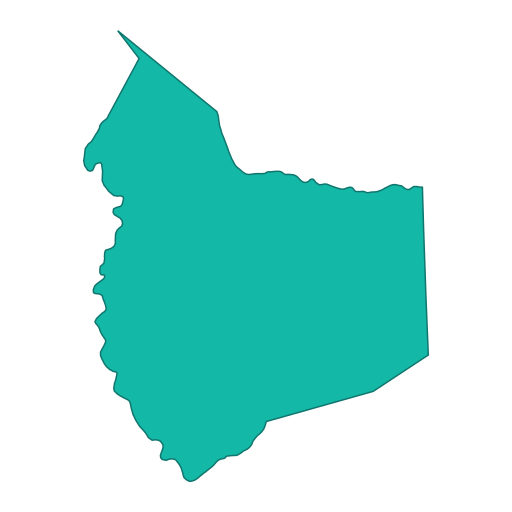 Yauyupe, El Paraíso, Honduras (Natural Earth projection)
{"feature_id": "27666195B23214675582882", "entity_name": "Yauyupe", "entity_type": "district", "adm_level": 2, "iso_a3": "HND", "parent_name": "Honduras", "parent_adm1": "El Paraíso", "projection": "natural_earth1", "projection_center": [-87.088, 13.756], "detail": "fine", "context": "isolated", "style": "filled", "palette": "teal", "viewbox_px": 512, "rotation_deg": 0, "n_neighbors": 0, "source": "geoboundaries", "source_scale": "gbopen_adm2", "svg_char_len": 5996}
<svg xmlns="http://www.w3.org/2000/svg" viewBox="0 0 512 512"><path d="M423.6,228.9L422.4,187.2L419.3,187.1L417.5,186.6L414.0,186.5L412.9,187.1L411.4,188.1L409.2,189.5L407.7,189.5L406.5,189.3L405.2,188.6L401.4,185.8L399.2,185.5L396.1,184.7L394.1,184.6L392.4,184.8L390.0,185.6L387.8,186.8L385.4,187.9L382.7,189.5L381.3,190.2L377.3,191.6L375.1,191.9L371.2,192.1L370.1,192.3L369.1,192.6L367.2,192.7L365.4,192.1L363.9,191.5L361.8,191.4L360.3,191.6L356.9,191.6L356.0,191.5L355.3,191.2L354.7,190.8L353.0,188.4L352.6,188.2L351.8,187.5L349.6,187.2L347.1,187.9L345.3,188.6L343.5,189.2L341.3,189.1L338.8,188.5L335.3,187.4L332.4,186.4L329.6,185.3L326.9,184.2L324.5,184.0L322.2,184.5L319.4,184.8L316.2,182.8L313.7,179.7L312.8,179.1L311.1,179.2L310.1,179.7L309.4,180.7L307.7,181.8L307.1,182.1L306.3,182.3L305.6,182.4L303.6,182.3L301.4,181.0L300.3,180.0L298.3,177.9L297.3,176.8L295.7,175.7L294.7,175.3L293.1,174.8L291.3,174.6L289.7,174.5L288.0,174.4L286.1,174.5L284.4,174.2L283.0,173.1L281.4,171.9L279.6,171.4L277.5,171.3L275.1,171.4L272.6,171.6L270.4,171.9L268.7,171.8L266.9,172.1L265.2,173.4L261.6,173.7L258.6,173.6L255.9,173.7L253.1,174.0L250.9,174.3L248.6,174.5L245.9,174.0L242.9,172.2L239.9,169.5L236.8,167.0L235.6,165.8L235.1,165.0L234.0,163.1L232.9,160.9L231.9,159.2L228.2,150.2L228.0,149.2L227.3,147.3L226.2,144.4L223.3,136.7L221.8,133.4L220.8,129.4L219.6,125.9L219.1,122.5L218.7,119.9L218.4,117.2L218.2,115.7L216.8,111.6L117.7,30.7L139.1,58.5L109.4,113.8L108.6,115.2L107.5,117.6L106.1,119.3L104.4,120.4L102.9,121.7L101.3,123.4L99.7,126.0L99.5,128.2L98.6,129.7L97.3,132.2L95.8,134.4L94.3,136.9L93.0,139.1L91.1,141.9L88.4,144.0L85.3,148.6L84.7,153.4L84.2,157.9L83.7,160.6L84.7,165.7L87.7,170.2L89.9,171.1L92.2,170.6L92.8,170.0L94.2,166.8L95.3,164.4L97.2,163.4L99.3,162.8L100.6,162.6L101.7,164.2L102.0,166.8L102.6,171.4L102.5,173.1L102.4,176.1L102.2,180.6L104.1,185.3L106.5,188.2L108.7,191.3L111.3,193.5L113.8,195.5L117.3,196.1L118.2,196.0L120.6,195.8L123.0,196.7L123.5,198.7L122.9,201.7L122.1,204.4L120.6,206.4L119.0,206.7L115.9,207.7L113.6,208.9L113.1,212.3L114.2,214.4L114.9,215.0L117.5,216.5L120.3,218.3L122.2,220.9L122.5,223.9L121.6,226.3L119.5,227.8L117.3,230.0L115.7,233.3L115.5,235.5L115.3,239.7L115.3,243.6L113.9,246.5L112.1,247.6L111.6,248.2L108.4,249.4L105.9,250.1L105.1,251.3L104.6,253.6L104.5,256.5L104.6,259.0L104.0,263.0L102.0,265.0L100.3,266.4L99.9,269.5L99.9,272.7L101.0,274.6L102.2,274.9L103.8,274.8L104.7,276.1L104.1,278.4L101.8,280.2L99.9,281.6L96.7,284.0L94.8,285.9L93.3,289.7L93.5,292.6L95.0,293.5L97.9,293.8L99.7,294.1L101.9,295.3L102.5,296.6L103.7,300.6L103.9,300.7L105.5,305.2L106.3,309.1L104.7,311.5L102.3,313.0L99.4,315.7L96.5,318.6L95.0,321.6L95.6,323.2L97.7,325.6L99.1,327.8L100.3,331.3L101.7,334.2L104.0,337.7L105.7,340.1L105.5,342.3L103.8,346.0L102.2,348.9L100.5,352.1L100.6,355.6L101.7,358.5L104.4,363.8L106.5,366.6L109.7,369.5L113.3,371.4L115.9,371.9L116.9,372.8L117.0,373.7L116.5,376.1L115.8,379.5L114.9,382.4L114.6,382.7L113.8,388.1L114.2,390.8L117.1,393.8L120.3,395.9L124.4,398.1L127.7,399.7L129.6,401.3L130.6,404.5L131.2,407.9L133.1,414.6L135.9,420.4L139.6,426.3L143.7,430.7L145.9,433.4L148.5,437.7L152.1,440.2L155.3,439.8L158.3,440.2L160.5,441.3L162.9,444.6L163.1,447.1L162.3,450.0L161.4,452.4L160.4,455.4L160.7,457.7L162.2,459.5L163.4,459.7L166.2,460.3L166.7,460.1L167.0,460.0L167.4,459.8L168.2,459.5L168.7,459.4L169.2,459.2L169.8,459.1L170.4,459.0L170.8,459.0L171.2,458.9L171.8,458.9L172.2,458.9L173.4,459.0L173.6,459.1L174.0,459.1L174.5,459.3L174.8,459.4L175.1,459.5L175.4,459.7L175.7,459.9L175.9,460.1L176.4,460.7L176.6,461.0L177.1,461.6L177.4,461.9L178.4,463.3L179.0,464.1L179.3,464.6L179.5,464.9L179.9,465.5L180.3,466.3L180.6,466.8L181.0,467.8L181.2,468.0L181.3,468.3L181.4,468.6L181.5,468.9L181.7,469.5L182.3,471.7L182.8,473.3L183.0,474.2L183.5,476.0L183.7,476.6L183.8,476.9L183.8,477.1L184.0,477.4L184.1,477.6L184.3,477.8L184.7,478.2L185.3,478.8L185.8,479.2L186.2,479.5L186.6,479.8L187.0,480.1L187.6,480.4L188.0,480.6L188.4,480.8L188.8,481.0L189.1,481.1L189.5,481.2L189.9,481.3L190.1,481.3L190.5,481.3L191.0,481.2L191.5,481.1L191.8,481.1L192.3,480.9L193.1,480.7L193.6,480.5L194.4,480.2L194.9,480.0L195.3,479.8L195.6,479.6L196.1,479.3L196.9,478.7L197.7,478.1L198.6,477.4L199.5,476.6L200.7,475.6L202.7,474.0L203.4,473.4L204.2,472.8L206.0,471.5L207.2,470.5L209.9,468.4L211.5,467.1L212.3,466.4L212.8,465.9L213.3,465.5L213.7,465.0L214.1,464.7L214.4,464.3L215.0,463.5L215.5,463.0L216.0,462.4L216.4,461.9L216.8,461.6L217.5,460.9L217.9,460.5L218.2,460.3L218.4,460.1L218.6,460.0L218.8,459.9L219.0,459.8L219.4,459.6L220.1,459.4L220.7,459.2L221.3,459.0L221.7,458.9L222.1,458.8L223.2,458.6L223.6,458.5L223.9,458.4L224.2,458.4L224.4,458.3L224.6,458.1L224.9,457.9L225.1,457.8L225.3,457.5L225.4,457.4L225.5,457.4L225.7,457.0L225.8,456.9L226.0,456.7L226.4,456.5L226.6,456.3L226.8,456.2L227.1,456.1L228.0,456.0L228.4,455.9L229.9,455.8L231.4,455.6L233.1,455.5L234.1,455.5L235.4,455.4L236.0,455.4L236.3,455.3L236.7,455.3L237.0,455.2L237.4,455.0L237.5,455.0L238.3,454.6L239.0,454.1L239.8,453.7L240.5,453.3L240.9,453.0L241.2,452.8L241.9,452.3L242.1,452.1L242.4,451.8L243.2,451.2L243.3,451.1L243.6,450.9L243.9,450.7L244.2,450.6L244.5,450.4L245.2,450.2L245.5,450.0L246.0,449.8L246.5,449.5L247.0,449.3L247.7,448.8L248.2,448.4L248.7,448.0L249.0,447.7L249.4,447.3L249.7,447.1L249.9,446.8L250.3,446.4L250.6,445.9L251.0,445.5L251.3,445.0L251.5,444.6L251.8,444.2L252.0,443.7L252.2,443.3L252.3,442.9L252.4,442.5L252.6,442.0L252.7,441.7L252.9,441.3L253.1,441.0L253.3,440.7L253.5,440.4L253.9,439.9L254.3,439.4L254.9,438.6L255.6,437.7L256.7,436.4L257.1,436.0L257.4,435.7L257.7,435.4L258.0,435.2L258.8,434.5L259.2,434.2L259.5,433.9L259.8,433.6L260.2,433.3L260.7,432.8L261.1,432.4L261.5,431.9L262.0,431.4L262.3,431.1L262.5,430.7L262.8,430.3L263.2,429.8L263.5,429.4L263.6,429.2L263.8,428.9L264.0,428.5L264.2,428.0L264.3,427.7L264.4,427.4L264.6,427.0L265.4,424.6L266.0,422.6L266.3,421.5L373.1,391.4L428.3,355.0L425.9,296.0L423.6,228.9Z" fill="#14b8a6" stroke="#0f766e" stroke-width="1.5"/></svg>